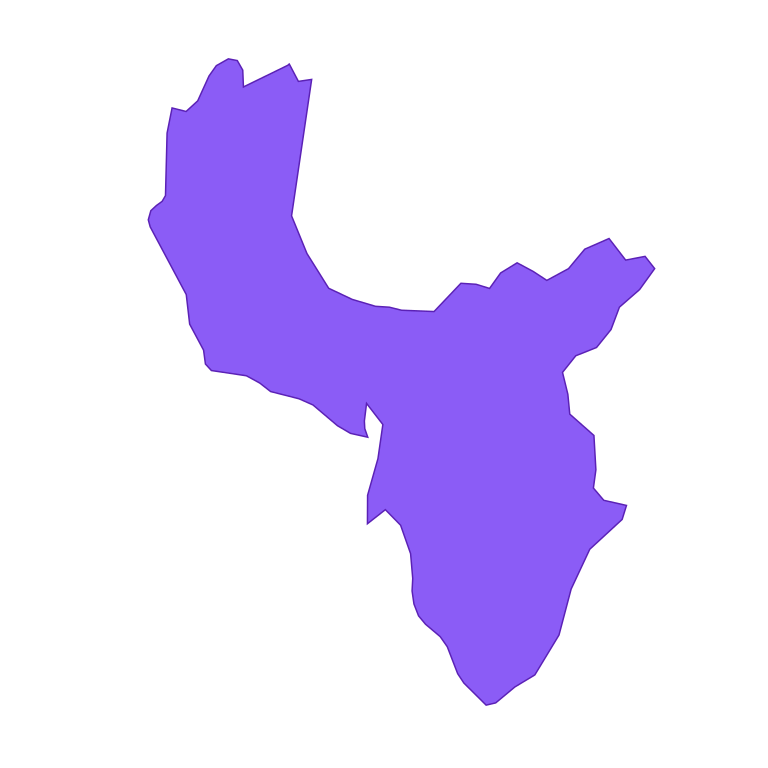 an SVG outline of Dar-Es-Salaam, rotated 189°
{"feature_id": "TZA-3378", "entity_name": "Dar-Es-Salaam", "entity_type": "Region", "adm_level": 1, "iso_a3": "TZA", "parent_name": "United Republic of Tanzania", "parent_adm1": "", "projection": "orthographic", "projection_center": [39.274, -6.872], "detail": "fine", "context": "isolated", "style": "filled", "palette": "violet", "viewbox_px": 768, "rotation_deg": 189, "n_neighbors": 0, "source": "natural_earth", "source_scale": "10m", "svg_char_len": 1320}
<svg xmlns="http://www.w3.org/2000/svg" viewBox="0 0 768 768"><g transform="rotate(189 384 384)"><path d="M232.9,82.8L258.3,101.1L265.9,109.4L280.4,134.4L289.0,143.3L305.4,153.2L313.6,160.4L320.0,171.4L323.9,184.0L325.2,196.4L331.2,220.6L345.5,247.1L363.0,260.1L378.5,243.4L382.8,271.5L378.3,309.4L378.8,343.8L398.2,362.1L397.6,344.4L396.0,336.9L391.7,328.9L409.4,330.0L423.4,335.5L450.9,352.2L465.6,356.1L494.8,358.8L506.9,365.5L521.2,370.6L556.6,370.3L563.5,375.8L567.5,389.2L585.3,412.7L593.3,441.4L639.5,502.6L642.5,509.3L641.4,518.7L636.7,524.7L631.7,529.7L629.3,535.9L637.5,597.9L636.5,623.5L622.1,622.2L612.3,634.5L605.0,660.9L599.4,672.2L588.6,680.8L579.5,680.5L572.6,671.9L569.3,655.4L528.8,683.8L527.7,685.2L527.0,684.4L515.9,669.5L503.1,673.5L501.6,535.6L480.5,500.8L453.6,469.9L428.7,462.6L404.6,459.4L390.7,460.7L378.2,459.6L345.9,463.4L323.8,495.5L308.6,496.9L294.7,494.9L286.2,511.9L271.5,524.5L254.2,518.5L239.4,511.8L219.8,526.8L206.8,548.6L184.5,562.9L164.7,544.2L146.1,550.9L134.7,540.3L146.3,517.3L163.5,496.7L168.3,473.3L179.8,453.3L199.0,441.9L209.5,423.4L200.8,402.6L195.8,383.3L168.6,366.0L161.3,332.4L160.9,314.0L148.7,303.5L125.5,302.0L127.6,287.5L154.9,253.0L167.1,210.7L171.9,163.4L189.5,120.3L207.4,105.2L223.8,86.5L232.9,82.8Z" fill="#8b5cf6" stroke="#5b21b6" stroke-width="1.5"/></g></svg>